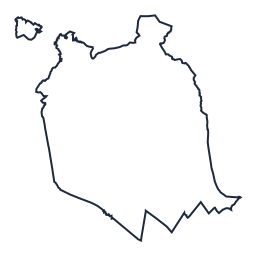 Metepec, Hidalgo, Mexico
{"feature_id": "50627088B82713167627307", "entity_name": "Metepec", "entity_type": "district", "adm_level": 2, "iso_a3": "MEX", "parent_name": "Mexico", "parent_adm1": "Hidalgo", "projection": "natural_earth1", "projection_center": [-98.35, 20.259], "detail": "fine", "context": "isolated", "style": "outline", "palette": "slate", "viewbox_px": 256, "rotation_deg": 0, "n_neighbors": 0, "source": "geoboundaries", "source_scale": "gbopen_adm2", "svg_char_len": 5471}
<svg xmlns="http://www.w3.org/2000/svg" viewBox="0 0 256 256"><path d="M171.6,26.3L159.6,21.8L155.1,15.4L148.2,16.2L142.4,16.2L140.5,16.1L139.1,18.8L138.1,21.0L137.9,24.2L137.5,27.8L136.6,32.3L137.8,33.7L138.2,33.7L139.4,35.7L136.6,37.6L135.3,39.5L135.0,40.3L135.2,40.7L135.3,42.5L134.6,42.5L133.4,42.9L131.9,42.8L130.0,42.4L127.4,45.0L126.3,45.4L123.7,45.4L123.1,45.5L120.2,46.9L118.0,47.5L114.2,48.3L110.9,48.6L110.3,48.6L108.0,49.1L104.5,51.2L102.1,52.0L100.3,52.8L98.6,52.9L97.0,54.2L96.0,54.9L95.3,56.5L93.6,58.3L93.1,58.6L92.3,58.4L91.9,58.0L91.6,57.5L90.9,54.9L90.7,52.9L91.4,51.2L92.9,48.6L92.6,47.1L89.8,46.8L87.2,46.1L85.6,44.8L83.8,42.9L82.5,42.4L81.8,42.6L81.4,42.0L81.1,42.2L80.3,42.1L80.1,42.1L80.0,41.7L79.3,42.0L78.9,41.4L78.2,41.6L77.3,41.4L77.5,41.0L77.0,40.1L75.7,40.1L76.5,38.5L76.1,37.8L75.5,38.2L74.9,39.3L74.7,40.4L73.0,40.4L73.0,35.6L72.4,34.8L74.1,33.0L69.9,31.5L65.9,34.5L65.8,35.1L65.8,35.7L67.0,37.5L66.6,38.3L65.7,37.8L65.3,38.1L65.1,38.0L65.0,37.4L64.4,35.7L64.0,35.4L63.2,35.7L61.6,35.4L61.4,35.2L61.2,34.3L61.0,34.1L60.7,34.0L60.4,34.1L59.6,35.0L59.1,36.5L58.7,36.8L57.9,37.0L58.8,37.0L57.5,37.4L58.6,37.2L58.7,38.3L57.3,38.4L57.2,40.1L56.7,40.1L56.4,42.2L55.5,42.1L55.2,42.6L54.7,42.6L54.6,44.3L55.0,44.6L56.3,44.3L57.2,45.8L56.3,46.9L56.4,48.0L58.4,49.2L58.3,49.5L58.8,50.2L58.9,50.6L59.5,51.0L60.4,52.5L60.7,54.0L59.1,54.5L60.3,56.4L59.9,59.3L61.5,59.0L61.3,61.0L60.1,61.2L59.6,61.5L59.0,62.5L58.5,62.9L57.4,64.5L57.0,65.6L55.7,66.8L55.3,67.5L55.0,67.6L53.5,67.6L52.9,67.9L52.3,68.6L51.3,71.1L50.8,71.5L50.5,72.2L50.3,73.5L49.7,74.6L49.5,75.6L49.1,76.2L49.0,76.8L48.5,78.4L46.7,79.1L46.1,79.9L45.5,80.0L45.1,80.8L44.9,80.9L44.2,80.9L43.7,80.4L43.1,80.5L42.8,80.6L42.6,81.0L42.2,81.3L42.1,81.6L41.7,81.8L41.5,82.1L41.4,82.7L41.3,82.9L39.9,83.6L36.4,89.0L36.2,91.9L38.7,92.5L40.2,92.1L41.5,93.1L42.7,94.9L43.6,96.0L44.3,96.1L46.5,96.1L46.1,96.6L45.0,97.5L44.6,98.0L43.4,98.6L42.0,100.0L41.2,100.5L41.3,101.1L42.7,102.6L43.5,102.9L44.7,102.9L45.2,103.0L45.3,104.1L45.2,104.7L45.1,104.8L44.5,104.7L44.4,104.9L44.2,105.8L43.7,106.2L43.5,107.3L43.2,107.8L42.3,108.5L42.1,109.0L42.2,109.9L41.7,111.1L41.6,111.9L41.6,112.8L42.1,116.3L43.3,117.6L44.7,125.0L45.0,127.5L47.4,140.6L48.4,146.1L48.8,147.5L52.1,167.7L54.3,181.9L55.5,182.7L57.1,185.0L58.2,187.3L58.6,187.7L59.0,187.9L60.2,189.2L60.3,189.7L70.1,194.5L78.5,197.9L91.4,202.8L94.5,204.3L97.7,206.0L103.2,210.1L103.4,210.3L103.3,210.6L104.1,210.4L104.8,211.9L104.0,211.9L104.0,212.6L105.5,212.3L105.8,213.9L106.4,213.9L106.5,214.9L108.2,215.0L108.8,214.3L109.1,214.7L109.6,216.1L111.5,215.7L111.6,218.7L112.8,218.4L112.9,218.2L138.2,239.3L141.0,240.6L141.4,237.4L145.8,211.4L145.8,210.7L155.9,218.1L166.8,226.6L171.7,232.3L184.3,212.8L184.4,213.5L184.8,214.3L185.2,214.7L186.4,215.3L186.4,215.5L186.7,216.8L187.3,217.1L187.7,217.7L188.3,217.3L189.6,216.0L200.8,202.1L208.8,213.4L214.5,207.7L215.0,207.7L215.4,208.6L215.9,209.2L216.1,209.9L216.5,210.3L216.8,210.9L219.0,213.1L223.0,209.5L223.5,209.5L224.7,208.8L226.0,208.3L227.0,208.2L229.1,208.5L231.2,209.8L231.0,208.7L231.1,207.7L231.4,207.1L232.4,205.3L233.3,205.0L234.6,204.0L235.6,202.2L238.6,198.6L240.6,197.4L240.2,197.1L238.7,196.7L237.9,197.1L237.7,197.4L226.1,196.5L224.6,195.2L220.7,192.5L219.7,191.0L218.0,189.0L216.4,185.5L214.8,181.4L213.2,173.9L211.5,168.0L211.0,164.1L208.4,147.5L207.7,142.0L208.1,135.5L208.2,132.4L208.1,131.0L207.9,129.5L207.4,129.4L207.1,124.9L207.3,123.4L207.4,121.5L206.7,116.8L206.7,114.9L203.1,112.7L201.9,111.5L201.0,110.6L201.4,109.7L201.4,109.4L201.3,109.0L201.4,107.8L200.5,105.8L201.1,103.5L200.7,102.8L200.8,101.9L200.9,101.5L201.5,101.0L201.5,100.7L201.2,99.7L201.2,99.2L201.0,98.6L200.9,98.0L201.1,97.0L199.9,95.6L199.5,95.4L199.5,94.7L199.9,93.9L199.9,93.6L199.6,93.6L199.5,93.4L199.4,90.0L198.9,89.3L198.0,88.7L197.7,87.6L196.9,86.9L196.7,86.5L196.6,86.1L194.6,83.8L194.6,83.5L194.8,83.1L195.0,82.4L194.9,81.9L194.5,81.3L194.4,80.7L193.9,80.2L193.7,79.6L193.7,77.9L195.4,75.3L191.1,70.2L189.7,67.6L189.1,67.0L188.9,66.2L188.5,65.7L187.3,64.6L186.2,63.3L185.8,63.0L185.1,63.0L184.8,63.4L182.5,63.0L182.1,62.6L181.9,61.1L181.5,60.3L180.3,59.2L178.6,59.1L175.1,60.0L174.5,59.9L173.9,59.3L173.6,59.1L173.1,59.3L172.4,59.0L172.1,58.8L172.0,58.4L172.2,57.6L172.2,57.2L171.6,56.5L169.3,55.5L169.1,55.1L168.0,54.3L165.9,54.4L165.4,53.7L165.2,52.6L162.0,47.8L160.0,44.1L160.3,43.5L160.7,43.4L161.2,43.7L161.4,43.3L162.5,43.4L163.1,43.0L163.5,43.0L164.0,42.5L165.0,40.1L164.8,39.4L164.4,38.7L164.5,37.3L164.6,36.8L165.4,36.3L166.7,36.1L167.3,34.7L167.2,33.9L167.9,33.3L168.2,32.6L168.5,32.5L169.1,32.6L169.4,32.0L170.1,31.5L170.6,31.4L170.6,30.9L170.8,30.3L171.2,30.0L171.3,29.4L171.2,28.9L171.1,28.2L171.6,26.3ZM41.3,27.7L41.1,27.5L41.6,26.9L41.0,26.1L38.8,25.6L39.0,24.8L37.0,24.6L34.9,23.1L33.5,24.7L31.2,22.8L31.3,22.4L30.1,21.8L27.6,20.5L27.4,20.7L26.9,21.2L26.0,22.2L25.9,21.0L25.1,19.8L23.4,19.1L22.6,19.5L22.2,18.7L21.7,17.5L21.2,17.4L20.4,17.8L19.0,18.1L18.1,17.3L17.0,18.0L16.5,19.3L15.7,19.1L15.4,19.8L16.5,21.8L17.1,21.5L17.0,25.4L16.6,25.4L16.3,25.9L16.3,28.8L15.9,29.9L16.0,30.5L16.6,31.6L16.7,32.1L16.6,32.5L16.2,32.9L16.1,33.3L16.5,36.7L17.3,37.7L23.7,35.0L28.5,39.3L31.4,39.7L34.4,37.5L36.5,33.1L37.0,31.3L36.9,30.8L36.6,30.2L36.2,29.9L35.8,29.8L35.7,29.4L35.7,29.1L35.9,29.0L36.3,28.8L37.3,28.9L37.6,29.1L37.8,29.7L37.6,31.2L37.7,31.4L38.0,31.4L37.9,31.6L38.0,32.3L39.2,32.6L41.0,31.4L39.6,30.7L39.6,30.0L40.5,28.5L41.3,27.7Z" fill="none" stroke="#1e293b" stroke-width="2"/></svg>